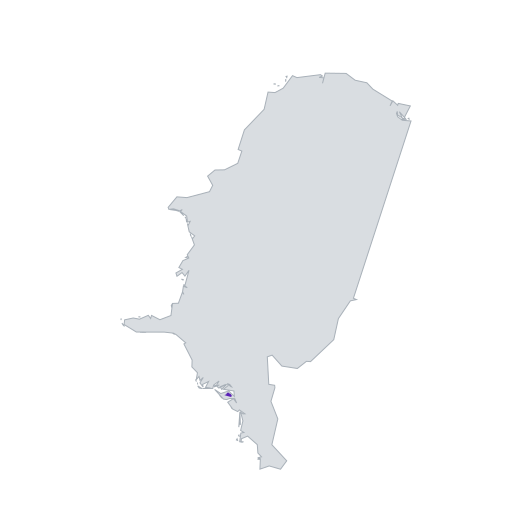 Caroline, Maryland, United States of America shown in context, rotated 108°
{"feature_id": "52423323B10584672826222", "entity_name": "Caroline", "entity_type": "district", "adm_level": 2, "iso_a3": "USA", "parent_name": "United States of America", "parent_adm1": "Maryland", "projection": "natural_earth1", "projection_center": [-75.855, 38.889], "detail": "fine", "context": "in_parent", "style": "filled", "palette": "violet", "viewbox_px": 512, "rotation_deg": 108, "n_neighbors": 0, "source": "geoboundaries", "source_scale": "gbopen_adm2", "svg_char_len": 4263}
<svg xmlns="http://www.w3.org/2000/svg" viewBox="0 0 512 512"><g transform="rotate(108 256 256)"><path d="M404.2,184.9L430.6,182.6L441.3,163.5L451.2,166.8L451.6,178.6L457.5,186.4L447.5,189.2L447.0,191.4L445.3,188.7L442.8,193.3L435.0,196.5L429.9,208.3L434.3,213.4L437.3,212.8L436.5,210.5L437.4,211.6L437.7,214.1L429.1,215.7L427.6,213.0L426.7,216.7L416.9,217.5L409.4,222.2L410.2,219.6L409.5,217.8L407.5,224.2L409.6,225.3L408.8,230.8L403.8,237.7L398.6,233.4L401.8,229.0L398.2,232.1L399.6,236.9L401.7,239.7L402.1,242.8L395.7,254.1L397.7,247.0L392.8,240.3L396.2,233.2L391.2,235.3L392.8,245.8L388.1,242.6L386.5,243.0L388.0,239.7L388.0,238.7L386.3,241.3L386.2,243.5L393.4,247.5L391.7,249.4L388.6,245.7L387.4,245.1L391.3,249.5L393.1,250.4L392.0,253.0L389.8,251.0L393.2,255.0L392.4,255.5L390.7,253.5L386.3,252.5L391.8,256.4L395.3,256.2L398.6,266.0L395.6,258.5L396.5,263.4L390.0,262.3L394.6,267.1L397.0,265.8L394.0,270.1L387.8,268.6L391.6,270.8L388.2,273.0L392.1,274.6L385.1,275.6L381.3,282.7L374.7,284.6L361.9,297.4L360.3,296.0L355.4,307.8L354.9,310.7L356.7,319.6L365.3,346.3L361.9,360.3L357.3,361.2L352.9,353.6L352.1,347.3L345.7,340.1L348.0,336.9L344.8,337.0L346.3,327.7L338.9,318.5L326.9,320.7L324.9,315.2L313.3,314.8L314.8,312.7L312.7,314.8L307.3,315.7L307.4,311.6L306.4,314.5L290.3,315.3L297.1,317.4L294.6,321.2L299.7,324.9L296.9,326.9L291.4,321.9L290.8,325.8L283.0,324.1L278.7,319.3L276.0,321.8L264.5,318.0L257.6,323.3L259.3,321.8L255.8,320.5L253.6,327.0L246.3,331.3L248.0,330.0L243.4,329.3L244.9,331.6L239.4,334.3L237.0,341.6L234.6,340.5L236.6,342.4L236.6,349.1L238.6,353.2L236.9,354.6L224.2,349.5L221.8,339.7L209.2,320.1L202.2,319.0L195.0,326.7L186.9,321.6L183.8,312.6L173.5,302.0L160.6,301.9L160.2,305.9L139.6,306.0L114.0,293.6L96.4,295.2L94.7,288.4L88.0,282.0L73.2,277.0L73.7,272.2L63.6,250.7L64.3,248.4L66.6,251.2L65.6,246.5L71.2,246.1L60.7,246.7L54.5,226.7L58.2,216.0L57.0,204.1L61.2,196.4L66.6,174.3L71.8,174.9L66.1,173.8L68.9,167.8L66.9,167.9L65.6,155.6L78.3,157.7L74.5,164.2L79.5,159.5L78.1,165.0L74.8,166.3L77.0,166.5L79.8,164.3L81.7,158.8L79.7,150.3L266.1,150.3L266.4,147.0L269.5,152.4L290.1,158.3L311.5,156.2L339.6,171.5L340.6,175.5L350.2,181.9L352.7,197.4L345.3,210.0L348.4,214.1L374.1,204.2L373.2,198.3L375.5,197.3L389.6,196.9L404.2,184.9ZM419.8,220.2L424.1,219.5L409.1,223.2L421.4,218.7L419.8,220.2ZM79.7,155.5L80.8,159.0L80.6,159.5L78.7,156.9L79.7,155.5ZM238.4,352.0L237.0,346.2L237.3,342.8L237.4,346.3L238.4,352.0ZM448.5,189.7L448.5,191.5L447.8,191.1L448.5,189.7ZM278.8,321.0L279.1,322.4L277.8,321.3L278.8,321.0ZM78.5,282.4L80.3,281.7L80.5,281.9L78.5,282.4ZM76.7,281.9L75.9,282.9L75.4,282.0L76.7,281.9ZM433.0,216.0L431.9,217.2L431.5,216.9L433.0,216.0ZM238.4,339.7L237.3,342.4L240.0,337.2L238.4,339.7ZM362.8,337.5L364.4,342.7L362.5,337.0L362.8,337.5ZM87.0,286.8L87.7,288.2L86.9,286.9L87.0,286.8ZM362.7,361.1L361.2,362.8L363.6,359.3L362.7,361.1ZM399.1,269.3L397.5,271.3L398.8,266.4L399.1,269.3ZM78.5,152.7L78.3,153.7L77.7,153.2L78.5,152.7ZM245.0,332.6L242.4,333.8L245.0,332.2L245.0,332.6ZM437.1,216.5L437.0,217.8L435.7,217.5L437.1,216.5ZM86.6,290.8L87.0,292.5L86.3,291.0L86.6,290.8ZM241.7,334.8L240.6,335.5L241.6,334.5L241.7,334.8ZM401.4,245.0L399.7,247.7L401.7,244.0L401.4,245.0ZM256.7,324.5L255.0,325.5L257.5,323.7L256.7,324.5ZM355.7,309.1L355.3,311.3L355.2,309.8L355.7,309.1ZM392.7,275.0L392.1,275.4L393.8,273.8L392.7,275.0ZM331.2,320.2L329.2,321.3L328.4,321.1L331.2,320.2ZM306.6,315.4L306.2,315.7L305.1,315.7L306.6,315.4ZM349.9,347.5L350.2,349.1L349.6,347.2L349.9,347.5ZM301.4,318.4L301.0,319.8L301.0,317.3L301.4,318.4ZM358.1,364.8L357.0,365.0L358.6,364.5L358.1,364.8ZM408.5,231.7L407.6,233.0L408.6,231.1L408.5,231.7ZM396.2,271.7L395.5,272.2L395.4,272.2L396.2,271.7Z" fill="#d9dde1" stroke="#a8b0b8" stroke-width="1"/><path d="M395.6,238.5L395.6,238.8L395.8,239.0L396.0,239.4L395.9,239.4L395.7,239.5L395.3,239.9L395.3,240.0L395.2,240.1L395.3,240.3L395.5,240.5L395.9,240.5L396.0,240.4L396.4,240.4L396.7,240.4L396.7,240.6L396.9,240.5L397.3,241.0L397.3,240.3L397.3,239.8L397.2,239.5L397.2,239.3L397.2,239.2L397.2,238.9L397.2,238.7L397.1,237.1L397.1,236.9L397.1,236.7L396.7,236.6L396.4,236.8L396.3,237.0L396.2,237.2L396.0,237.6L395.8,237.7L395.7,237.9L395.7,238.1L395.6,238.3L395.6,238.5Z" fill="#8b5cf6" stroke="#5b21b6" stroke-width="1.5"/></g></svg>